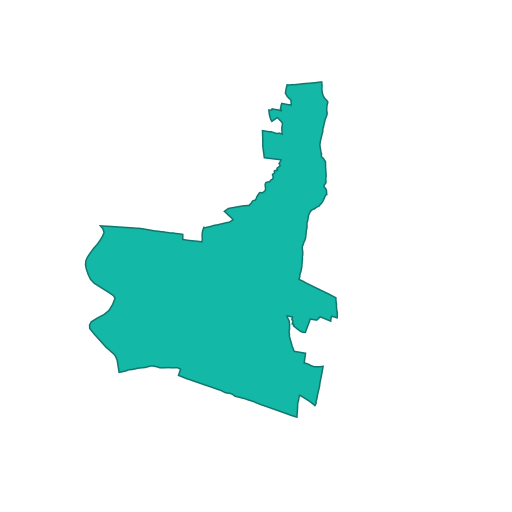 Almaj, Dolj, Romania (Natural Earth projection), rotated 39°
{"feature_id": "2599482B54924202091715", "entity_name": "Almaj", "entity_type": "district", "adm_level": 2, "iso_a3": "ROU", "parent_name": "Romania", "parent_adm1": "Dolj", "projection": "natural_earth1", "projection_center": [23.708, 44.445], "detail": "fine", "context": "isolated", "style": "filled", "palette": "teal", "viewbox_px": 512, "rotation_deg": 39, "n_neighbors": 0, "source": "geoboundaries", "source_scale": "gbopen_adm2", "svg_char_len": 6115}
<svg xmlns="http://www.w3.org/2000/svg" viewBox="0 0 512 512"><g transform="rotate(39 256 256)"><path d="M395.9,335.2L395.9,334.5L395.5,333.0L395.2,332.4L394.2,331.2L393.0,328.3L391.2,325.2L390.2,323.2L389.4,321.4L387.0,316.5L386.1,315.4L380.8,305.3L377.6,299.5L375.8,301.4L373.7,303.2L370.8,305.5L367.9,306.5L364.5,307.2L361.9,308.2L360.8,308.8L355.7,300.4L348.6,304.4L345.8,306.0L344.6,305.7L343.9,305.0L343.1,304.5L340.9,303.5L339.4,302.2L334.7,299.0L332.6,297.5L331.7,296.4L331.4,295.9L330.3,295.0L329.2,293.9L328.5,292.6L328.0,291.5L326.7,290.1L325.1,287.9L323.9,286.9L322.9,285.8L320.8,284.7L320.1,284.5L319.2,284.0L318.3,283.6L317.8,283.0L320.9,281.4L322.5,280.3L323.0,280.6L323.2,281.4L323.5,282.4L324.0,282.9L325.4,283.1L325.8,283.5L326.4,284.9L326.9,286.0L328.4,285.4L329.1,286.7L334.9,286.7L338.2,286.5L340.6,285.7L341.6,285.0L342.5,284.3L342.1,283.4L340.5,278.6L338.3,272.0L337.8,270.9L341.5,268.8L343.5,267.6L343.7,266.9L344.1,262.9L355.1,259.6L354.6,259.0L354.0,258.0L353.4,256.9L352.8,255.1L358.0,253.0L357.5,252.2L355.7,249.9L354.8,248.8L352.6,247.0L350.3,244.6L348.7,242.6L348.2,242.2L347.1,241.2L346.4,240.5L345.1,239.1L344.6,238.6L344.4,238.2L337.4,239.6L336.0,239.8L333.9,240.4L330.0,241.3L326.8,242.1L325.4,242.3L323.3,242.9L320.9,243.4L320.0,243.7L318.1,244.0L315.8,244.6L313.5,245.1L311.1,245.7L309.3,245.8L305.5,246.8L303.9,247.0L303.8,246.6L303.5,245.4L303.1,244.7L301.7,242.5L301.2,241.4L300.6,239.6L298.5,235.7L297.3,234.1L294.6,229.9L293.6,228.6L292.4,227.3L291.9,226.2L291.3,225.3L290.2,223.9L287.5,221.2L286.7,220.4L286.2,219.7L285.9,218.9L285.1,216.4L284.4,214.9L284.3,213.7L283.6,211.9L283.4,211.2L281.0,207.3L279.7,205.5L278.9,204.1L278.0,202.5L277.9,202.0L274.9,198.4L274.7,198.1L274.5,197.7L274.5,197.1L271.2,191.2L270.9,190.2L270.7,189.0L270.3,187.5L270.4,186.3L270.3,185.5L270.9,183.9L271.2,183.3L271.8,182.7L271.9,182.2L272.2,180.6L272.7,179.1L273.2,178.4L273.5,177.7L273.6,177.2L273.5,176.5L273.7,173.8L273.4,170.8L273.0,169.7L272.9,168.9L272.6,167.4L272.2,166.7L272.0,165.9L271.9,164.1L272.3,163.7L269.4,160.6L268.8,160.2L267.9,159.9L265.4,159.3L264.8,158.9L264.5,158.3L264.3,155.4L264.1,154.7L262.4,153.0L261.6,152.0L260.2,149.7L254.3,143.3L250.9,139.3L250.3,138.8L248.9,138.5L247.9,138.1L247.5,137.9L246.9,137.7L245.5,137.8L244.5,137.6L243.9,137.2L243.5,136.8L243.4,136.4L243.1,135.9L242.5,135.3L241.9,135.0L241.1,134.4L236.8,130.5L235.8,129.6L235.5,129.1L233.5,125.7L231.1,120.7L229.7,117.5L229.2,116.8L228.8,116.3L227.7,114.6L227.5,113.8L227.2,113.1L226.2,111.3L223.8,106.2L223.3,105.0L223.2,104.0L222.7,102.6L222.1,101.4L221.6,100.4L220.9,99.7L219.7,98.7L218.9,97.8L216.9,95.1L215.7,92.9L215.4,91.8L214.9,91.4L214.7,91.0L213.8,90.7L212.7,90.5L212.0,90.5L211.0,90.4L208.0,89.5L207.4,89.2L205.9,88.2L204.5,87.1L203.0,85.7L201.9,84.6L200.0,81.9L199.4,81.3L198.7,80.6L197.7,79.4L197.0,79.8L193.5,83.5L189.7,87.2L188.7,88.3L187.5,89.3L184.2,92.4L181.6,95.2L178.1,98.6L177.0,99.6L176.2,100.1L174.3,102.2L172.4,103.4L172.9,104.4L174.0,106.8L176.4,111.0L179.6,112.2L182.1,112.7L183.7,112.7L184.9,113.0L185.7,113.3L186.2,114.2L187.5,115.3L187.8,116.0L188.4,116.7L187.4,116.9L186.4,117.8L180.0,121.2L180.8,123.4L182.0,125.2L182.3,126.3L182.9,126.5L183.8,126.6L184.3,127.1L184.3,127.3L181.1,128.6L179.4,129.6L178.6,130.1L175.9,131.5L176.4,132.7L174.1,134.5L177.4,137.7L181.1,140.4L183.6,141.4L185.5,134.9L192.7,135.9L193.8,137.3L195.2,139.9L197.2,142.2L199.7,144.8L197.0,145.7L195.0,147.8L189.2,150.1L187.8,151.3L182.1,154.5L189.0,162.4L192.1,166.3L200.6,174.4L214.9,165.5L215.4,166.7L215.7,169.6L215.8,169.8L217.0,169.9L217.4,170.5L217.7,170.6L218.0,170.9L218.0,171.2L217.5,172.5L217.4,173.5L217.1,174.3L217.2,174.5L217.3,174.9L218.4,175.5L218.5,175.6L218.6,175.9L218.6,176.3L217.9,176.6L217.5,177.0L217.1,177.5L216.7,178.3L216.9,178.7L217.9,179.4L218.3,180.0L217.7,181.3L217.6,181.8L217.6,182.5L218.8,183.3L219.4,183.5L219.7,183.8L219.9,184.0L220.1,184.5L220.2,184.9L220.3,185.1L220.4,185.8L220.3,186.5L220.0,187.0L219.8,187.2L219.8,187.8L219.9,188.1L219.8,188.5L219.8,189.0L219.7,189.5L219.5,189.9L219.5,190.2L219.1,190.5L218.8,190.7L218.4,191.5L217.5,192.5L217.5,193.0L217.7,193.7L218.1,194.7L218.7,195.4L219.9,196.5L221.3,198.0L221.7,198.8L221.9,199.2L221.9,199.5L221.7,201.5L221.2,202.4L221.1,203.0L220.8,203.3L219.9,203.7L219.3,204.0L219.0,204.5L218.9,205.2L219.1,206.4L219.0,207.1L219.2,208.0L219.4,208.4L219.3,209.2L219.4,209.6L219.8,210.5L220.2,212.1L220.2,213.1L219.0,214.8L218.7,215.7L219.1,218.2L218.9,219.0L218.8,220.0L219.1,220.7L213.9,225.7L205.0,236.0L204.6,236.6L203.3,241.2L207.0,241.4L208.5,241.6L211.9,241.7L214.0,242.0L215.4,242.4L214.4,245.2L214.2,246.1L213.7,246.9L212.8,247.8L210.3,251.0L206.3,256.2L204.3,258.4L201.8,262.1L199.5,264.9L198.7,266.1L197.4,266.6L198.8,270.2L200.4,273.0L203.4,276.4L205.1,279.0L202.0,280.9L193.5,286.5L188.7,289.2L185.5,285.3L183.6,286.4L178.9,289.3L176.3,290.8L175.3,291.9L172.9,293.1L170.8,294.5L169.1,295.3L167.0,296.8L163.6,298.8L161.8,300.1L151.3,305.9L147.4,308.2L146.0,309.5L143.9,310.8L134.4,317.5L124.3,324.6L116.1,330.5L119.8,331.2L123.1,333.3L124.4,337.6L125.1,343.7L125.3,347.0L125.0,352.3L125.4,359.5L125.8,363.1L126.7,366.6L129.0,370.1L132.2,372.8L137.3,376.0L142.2,378.3L147.4,379.0L155.2,378.1L164.2,377.0L170.0,376.5L173.0,377.5L175.1,384.0L176.0,390.7L174.7,397.2L171.7,404.2L169.4,410.8L170.1,414.4L172.4,417.0L179.5,418.5L188.3,419.9L196.5,421.2L207.7,421.7L209.7,422.2L213.6,424.3L222.9,432.6L227.1,427.4L228.9,424.2L230.7,422.7L231.7,421.4L232.3,420.8L233.9,418.9L234.2,418.2L235.0,417.4L236.6,415.7L238.5,413.9L240.2,412.2L242.9,408.4L243.7,407.5L245.1,406.4L246.6,405.6L248.8,404.4L251.4,403.5L253.3,402.1L259.2,397.0L260.3,396.4L265.3,392.2L268.6,391.4L270.9,397.6L278.9,395.1L289.9,391.1L313.3,382.6L314.6,382.3L317.9,381.6L318.8,381.2L320.4,380.3L321.8,379.3L324.7,378.3L327.8,378.2L338.1,373.5L339.0,373.3L341.2,372.5L341.8,372.2L343.6,371.5L345.5,370.7L348.3,370.0L352.8,368.6L354.7,367.9L384.5,357.4L389.2,355.5L384.9,349.3L381.1,344.2L380.2,342.0L377.5,337.2L377.5,336.9L377.7,336.7L380.8,336.2L389.1,335.2L395.2,335.1L395.9,335.2Z" fill="#14b8a6" stroke="#0f766e" stroke-width="1.5"/></g></svg>